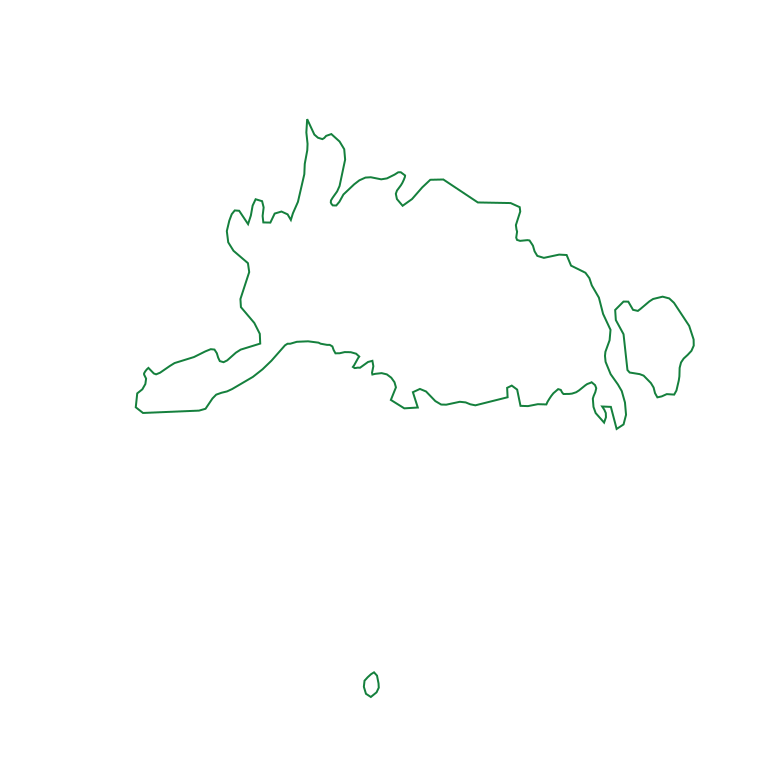 map outline of Saare (Mercator projection), rotated 40°
{"feature_id": "EST-2352", "entity_name": "Saare", "entity_type": "Municipality", "adm_level": 1, "iso_a3": "EST", "parent_name": "Estonia", "parent_adm1": "", "projection": "mercator", "projection_center": [22.596, 58.233], "detail": "fine", "context": "isolated", "style": "outline", "palette": "green", "viewbox_px": 768, "rotation_deg": 40, "n_neighbors": 0, "source": "natural_earth", "source_scale": "10m", "svg_char_len": 3563}
<svg xmlns="http://www.w3.org/2000/svg" viewBox="0 0 768 768"><g transform="rotate(40 384 384)"><path d="M563.5,234.0L570.7,236.6L580.5,243.3L589.2,252.0L593.5,261.0L591.1,268.9L572.5,255.7L565.6,261.0L569.3,262.1L572.6,263.7L575.4,266.8L577.4,272.1L564.8,270.2L559.2,266.9L553.4,261.0L552.3,258.4L551.1,254.4L549.3,250.8L546.4,249.2L541.9,249.2L541.4,250.4L539.7,253.4L539.1,255.5L537.5,263.6L536.5,266.8L534.2,270.5L532.2,272.6L527.9,276.3L525.9,276.0L523.2,274.9L520.7,276.0L519.7,282.2L519.8,285.6L520.2,289.2L520.7,292.5L521.5,295.3L514.8,300.6L508.5,308.4L502.6,313.0L489.6,302.7L482.9,303.1L480.8,307.8L487.2,314.7L467.7,341.6L463.1,344.1L458.4,345.6L453.5,348.9L445.0,359.8L441.0,363.0L434.3,364.1L421.0,362.7L414.7,364.7L411.4,371.7L425.0,380.3L415.2,389.6L399.5,391.8L395.3,378.9L390.9,375.9L385.5,374.5L380.0,374.8L375.2,377.2L370.8,381.8L369.0,384.2L367.6,383.1L364.4,377.2L360.2,373.7L357.6,377.4L355.2,386.9L353.1,388.6L352.1,389.9L351.2,390.7L349.2,390.9L349.1,389.0L347.5,380.7L347.4,378.9L343.2,378.7L338.1,381.0L333.4,384.8L330.3,388.9L327.1,391.7L323.7,390.4L320.3,388.4L317.3,388.9L315.1,390.7L309.5,393.9L307.3,394.4L298.4,400.1L290.1,407.7L286.3,413.4L284.2,415.2L283.3,418.0L282.8,438.6L281.5,450.8L279.0,462.8L270.9,485.5L268.5,490.6L265.2,495.1L262.3,500.0L261.9,505.3L263.2,517.7L259.4,523.3L218.0,561.1L208.8,561.4L201.0,549.8L202.3,543.4L201.2,537.4L198.3,532.8L194.2,531.0L193.4,530.1L193.0,528.0L192.9,525.4L193.2,523.1L200.9,523.9L203.2,523.1L205.2,519.3L208.4,507.7L210.1,502.6L221.1,485.5L226.2,473.8L228.9,468.7L232.0,466.6L236.2,467.9L240.0,470.4L243.5,472.0L247.1,470.4L248.7,466.7L250.4,455.2L252.1,449.8L263.2,432.6L256.6,425.4L245.4,420.6L225.0,417.1L219.4,411.2L208.8,384.9L202.1,378.9L183.1,378.7L173.6,375.6L165.3,367.9L160.5,358.3L158.2,351.8L158.1,347.0L161.7,344.4L177.1,348.9L173.7,340.5L168.7,331.8L166.9,325.0L173.1,322.3L178.3,326.1L183.0,333.3L187.7,337.8L193.2,333.4L190.7,323.7L194.6,317.8L201.1,316.0L207.2,318.2L204.5,311.8L201.0,299.8L188.1,274.5L181.8,266.3L175.0,254.3L171.1,249.2L162.8,241.2L154.9,230.5L170.3,237.7L175.1,237.8L179.4,236.0L180.1,234.0L180.2,231.1L183.0,226.4L194.1,226.8L202.6,229.7L210.0,237.1L222.7,260.9L224.3,266.6L224.9,274.2L225.4,277.5L226.6,279.2L228.3,279.9L230.0,280.1L232.7,277.9L232.7,273.1L231.1,264.9L232.8,250.2L234.2,243.8L237.1,237.8L241.0,234.1L250.3,229.0L254.1,224.6L257.5,216.8L258.8,212.7L260.8,211.0L266.1,210.7L266.9,211.9L267.9,214.8L268.8,218.2L269.2,220.8L269.6,227.5L270.8,230.7L275.0,234.0L283.7,235.5L286.6,224.3L286.9,208.9L288.2,197.8L298.0,189.2L339.2,184.6L364.7,164.0L374.3,161.3L377.5,164.3L382.9,177.5L386.2,180.5L388.0,181.7L391.2,186.9L393.3,188.1L396.2,186.9L401.4,181.6L403.2,180.5L409.2,182.3L414.1,185.6L419.1,187.3L425.4,184.6L435.0,172.3L441.0,167.8L451.2,173.1L466.8,169.3L473.3,170.9L479.8,174.9L493.1,179.7L506.8,189.5L522.7,196.9L528.7,205.5L532.9,217.0L535.2,220.4L539.5,224.6L551.3,230.8L563.5,234.0ZM607.6,191.9L612.2,201.0L613.1,205.6L607.1,210.0L604.7,215.0L602.0,218.5L597.5,216.8L592.8,213.4L587.8,211.7L577.5,210.7L573.5,212.1L564.8,217.3L561.5,216.8L535.5,191.9L520.5,186.0L513.5,178.7L514.5,166.9L518.2,163.9L527.1,167.1L531.5,164.8L532.2,161.7L534.2,150.1L535.5,145.9L541.3,138.0L547.5,135.1L553.9,135.4L580.4,143.3L592.6,150.9L596.6,155.5L598.2,161.0L597.9,166.5L597.2,171.9L597.7,176.6L600.1,181.6L605.4,188.3L607.6,191.9ZM572.3,616.9L575.2,620.0L576.5,625.0L575.1,632.2L569.3,632.9L563.2,628.9L559.8,623.8L560.0,619.1L560.6,614.6L561.7,611.3L566.1,611.9L572.3,616.9Z" fill="none" stroke="#15803d" stroke-width="2"/></g></svg>